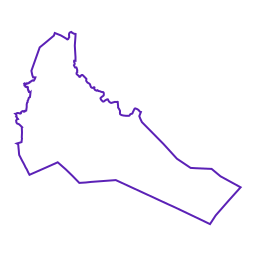 Bardu nor, Troms, Norway
{"feature_id": "86288312B82966611739072", "entity_name": "Bardu nor", "entity_type": "district", "adm_level": 2, "iso_a3": "NOR", "parent_name": "Norway", "parent_adm1": "Troms", "projection": "mercator", "projection_center": [18.319, 68.703], "detail": "fine", "context": "isolated", "style": "outline", "palette": "violet", "viewbox_px": 256, "rotation_deg": 0, "n_neighbors": 0, "source": "geoboundaries", "source_scale": "gbopen_adm2", "svg_char_len": 5039}
<svg xmlns="http://www.w3.org/2000/svg" viewBox="0 0 256 256"><path d="M54.8,33.0L54.5,33.8L53.9,35.6L48.9,39.8L47.6,40.9L39.7,47.4L31.4,70.8L32.3,75.2L33.1,77.3L35.4,77.4L34.9,78.8L34.1,80.2L33.0,80.6L32.6,80.4L32.4,80.5L32.2,80.6L32.3,80.7L32.2,80.7L31.9,80.7L31.7,80.8L31.4,81.0L31.1,81.3L30.8,81.6L30.7,81.7L30.6,81.8L30.4,81.8L30.0,82.0L29.7,82.1L29.7,82.3L29.6,82.5L29.4,82.5L29.1,82.7L28.8,83.1L28.6,83.2L28.4,83.2L28.0,83.4L27.8,83.4L27.3,83.6L27.1,83.4L27.0,83.6L26.7,83.6L26.6,83.8L26.4,83.9L26.0,84.1L25.9,84.0L25.7,83.8L25.6,83.7L25.4,83.6L25.2,83.7L25.2,83.8L25.0,83.7L25.0,83.8L24.9,83.8L24.7,83.7L24.3,83.6L24.2,83.7L24.1,83.8L24.3,84.1L24.6,84.2L24.7,84.3L24.7,84.5L24.6,84.9L24.6,85.0L24.4,85.3L24.4,85.5L24.5,85.6L25.0,85.8L25.3,86.4L25.4,86.7L25.6,86.8L25.9,86.6L26.2,86.7L26.3,86.9L26.6,87.2L27.1,87.1L27.3,87.0L27.4,86.9L27.7,87.0L27.8,87.1L27.9,87.3L27.9,87.6L27.9,88.0L27.9,88.4L27.9,88.9L27.9,89.0L27.9,89.3L28.1,89.5L28.3,89.9L28.3,90.0L28.5,90.4L28.4,90.5L28.6,90.7L28.6,90.9L28.8,90.9L28.9,91.1L28.9,91.3L29.0,91.4L28.9,91.7L28.9,91.8L29.0,91.9L29.0,92.0L29.6,92.1L30.0,92.5L30.3,92.5L30.5,92.3L30.1,96.0L29.9,97.2L28.9,97.7L28.6,98.3L28.4,99.5L27.6,100.9L27.7,101.4L27.6,102.2L27.3,102.4L27.1,102.7L26.7,104.4L26.7,106.9L26.6,108.0L26.4,108.8L26.4,109.4L26.2,110.6L25.4,110.7L25.1,111.2L24.6,111.6L24.1,111.7L23.9,111.1L23.4,111.3L23.2,111.2L22.6,111.1L22.0,111.4L21.0,112.3L21.1,112.5L21.0,112.9L21.0,113.1L20.9,113.3L20.6,113.5L20.1,113.5L19.8,113.5L18.7,113.1L17.8,113.0L17.0,113.1L16.8,113.3L16.7,113.5L16.1,113.7L15.4,113.8L15.9,114.3L16.2,114.7L16.3,115.1L16.5,115.8L16.1,116.6L16.6,116.9L16.9,117.3L17.0,117.9L17.2,118.3L17.9,118.8L18.0,119.0L17.4,119.1L16.7,119.5L16.5,120.1L16.4,120.2L16.1,120.8L16.2,121.0L16.3,121.7L16.4,122.5L17.1,123.5L18.1,123.9L18.7,124.1L19.2,124.4L20.6,125.7L22.1,127.2L21.8,127.4L22.0,132.4L21.8,137.2L21.8,137.7L22.0,138.3L21.9,139.1L21.8,139.8L21.7,140.7L21.5,142.1L20.7,142.4L17.1,143.4L16.8,143.5L17.2,143.7L17.8,144.1L18.1,144.5L18.3,144.9L18.3,145.5L18.5,147.7L18.8,150.7L19.0,153.3L19.1,154.1L19.2,155.0L20.1,156.7L20.8,158.1L21.1,158.7L22.4,161.2L23.2,162.6L24.8,165.7L25.1,166.4L25.8,167.8L26.3,168.5L27.0,169.8L28.3,172.6L29.5,174.8L47.0,167.1L57.7,162.3L65.7,169.3L72.4,175.8L79.3,182.9L85.7,182.5L91.3,181.9L115.8,180.1L144.4,193.3L168.4,204.4L173.1,206.5L188.5,213.8L210.0,224.1L215.7,215.4L229.0,200.2L240.6,187.3L220.5,176.3L211.6,168.9L195.5,168.2L190.6,167.9L176.9,158.7L163.4,143.9L141.9,122.1L140.2,118.5L139.3,116.1L140.9,112.0L140.2,111.8L139.6,111.4L139.1,110.7L138.7,110.2L137.8,109.5L136.7,108.9L135.5,108.5L135.2,108.4L134.7,108.6L134.5,108.8L134.4,109.2L134.2,109.5L133.7,110.4L133.6,110.7L133.0,111.9L132.4,113.4L132.2,113.6L130.9,114.0L130.4,114.2L130.0,114.7L129.7,115.2L129.4,115.6L129.2,115.7L128.8,115.8L128.5,115.8L128.2,115.8L126.0,115.8L123.3,115.5L122.1,115.2L121.6,115.1L120.9,114.7L120.5,114.5L120.2,114.2L120.0,113.9L120.0,113.3L119.9,112.6L120.0,112.3L120.0,111.7L120.0,111.0L119.9,110.6L119.7,110.2L119.1,109.1L119.0,108.8L118.1,107.6L118.1,107.3L118.1,106.8L118.1,106.1L118.1,105.8L118.0,105.3L118.0,104.9L117.9,104.6L117.9,103.6L117.8,102.9L117.8,102.6L117.7,102.2L117.7,101.9L117.4,101.8L116.4,102.0L114.8,101.9L111.8,102.8L111.5,102.9L110.8,102.8L110.5,102.7L109.5,102.0L108.9,101.4L108.7,101.0L108.3,100.3L108.0,99.6L107.8,99.3L107.5,99.3L106.8,99.5L105.3,100.3L104.8,100.7L104.1,101.3L103.7,101.5L103.3,101.5L102.9,101.5L102.6,101.3L102.1,100.8L101.6,100.3L101.1,99.7L100.6,98.8L100.5,98.4L100.6,98.1L100.7,97.8L102.4,96.4L102.8,96.2L103.6,95.5L103.7,95.2L103.8,94.9L103.8,93.7L103.7,92.8L103.5,92.5L103.3,92.2L102.2,92.0L101.8,92.0L100.9,91.7L99.8,91.2L98.8,91.1L98.4,91.0L98.1,90.8L97.7,90.3L97.4,90.2L97.0,90.6L96.7,90.7L96.4,90.6L95.1,90.0L94.7,89.5L94.3,88.9L94.3,88.6L94.2,88.2L94.3,87.8L94.5,87.2L94.7,86.7L94.3,87.1L93.7,87.4L93.3,87.8L93.0,87.9L92.6,87.9L92.2,87.8L91.6,87.6L91.0,87.1L90.7,86.4L90.4,85.8L90.2,85.0L90.1,84.7L90.0,84.4L89.8,84.1L89.5,83.8L89.1,83.5L87.5,82.6L87.1,82.1L86.5,81.3L86.3,81.0L86.2,80.7L86.2,80.3L86.2,80.0L86.3,79.5L86.4,79.1L86.4,78.9L86.2,78.6L85.9,78.4L84.7,77.1L84.2,76.7L83.8,76.2L83.2,75.6L82.7,75.2L82.4,75.0L82.1,75.0L81.8,75.0L81.3,75.3L81.0,75.6L80.8,75.7L80.6,76.1L80.4,76.3L80.2,76.6L80.0,76.8L79.7,76.9L79.3,76.8L79.0,76.3L78.9,76.0L78.2,75.5L77.7,75.0L76.7,74.2L76.6,73.7L76.5,73.3L76.6,72.9L76.7,72.6L77.3,72.0L77.1,71.4L77.1,71.1L77.1,70.7L77.2,70.4L77.3,70.2L77.2,70.0L77.1,69.6L76.9,68.8L76.7,68.2L76.4,67.5L75.8,67.6L75.1,67.5L74.9,67.2L74.0,65.5L73.9,65.2L74.5,64.5L74.7,63.9L74.7,63.6L74.5,63.0L74.4,62.7L74.1,61.9L74.1,61.2L74.1,60.9L74.2,60.7L74.7,60.7L75.5,60.8L75.5,57.1L75.3,54.0L74.8,45.6L75.5,35.8L75.5,35.0L75.6,34.0L75.0,33.8L74.3,33.8L73.7,33.6L72.9,33.1L72.3,32.9L72.0,32.7L71.6,32.1L71.3,31.9L71.0,32.0L70.6,32.2L69.9,32.5L69.6,32.8L69.3,33.3L69.1,33.9L69.0,34.8L69.0,35.0L69.1,35.4L69.2,37.3L68.8,37.7L68.6,38.1L68.4,38.7L68.3,38.9L68.1,39.1L67.5,39.4L67.2,39.3L67.2,39.2L64.1,37.3L60.8,35.4L54.8,33.0Z" fill="none" stroke="#5b21b6" stroke-width="2"/></svg>